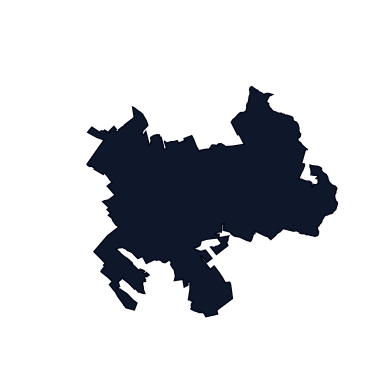 outline of Zorleni, Vaslui, Romania, rotated 320°
{"feature_id": "2599482B17229332090255", "entity_name": "Zorleni", "entity_type": "district", "adm_level": 2, "iso_a3": "ROU", "parent_name": "Romania", "parent_adm1": "Vaslui", "projection": "orthographic", "projection_center": [27.762, 46.269], "detail": "fine", "context": "isolated", "style": "filled", "palette": "ink", "viewbox_px": 384, "rotation_deg": 320, "n_neighbors": 0, "source": "geoboundaries", "source_scale": "gbopen_adm2", "svg_char_len": 6082}
<svg xmlns="http://www.w3.org/2000/svg" viewBox="0 0 384 384"><g transform="rotate(320 192 192)"><path d="M290.8,297.7L296.0,294.3L296.7,292.5L296.1,291.4L296.8,290.4L297.4,288.5L299.2,286.0L301.7,284.9L302.8,283.7L305.4,282.2L305.4,279.7L303.7,276.6L303.5,273.7L303.7,271.1L305.4,267.7L306.0,264.9L305.0,262.0L304.7,259.3L306.3,257.0L306.3,256.4L305.1,253.6L300.6,248.8L299.8,247.3L298.6,248.5L298.0,250.7L297.0,252.0L296.6,253.0L294.3,255.3L296.5,257.8L298.8,259.6L297.9,261.7L297.2,261.3L295.8,261.5L296.0,261.9L297.4,262.6L294.9,265.8L293.6,266.6L291.6,266.3L290.0,264.4L287.6,265.7L286.9,265.8L286.7,265.7L286.4,264.7L287.7,264.5L288.5,263.6L288.5,262.6L288.9,262.8L289.5,262.2L289.3,260.6L288.9,259.4L286.2,256.8L283.9,252.5L282.3,250.5L288.8,247.1L291.2,246.3L295.2,244.0L296.0,242.8L294.0,240.6L306.4,232.2L307.9,234.1L307.2,232.0L306.5,226.7L306.5,225.7L306.8,224.5L306.8,223.7L306.3,223.2L306.3,220.8L306.6,219.8L307.7,218.8L309.0,219.2L310.6,218.9L312.5,217.4L312.3,216.1L312.9,214.6L312.8,213.7L314.6,212.3L316.7,208.2L316.8,205.7L315.6,203.4L315.5,202.2L316.0,201.2L316.6,200.7L316.9,199.7L316.6,198.2L313.9,194.0L313.1,193.6L312.5,192.6L312.5,191.7L311.7,191.0L311.1,189.6L311.0,189.0L308.6,187.2L308.2,185.7L306.3,182.7L305.9,181.8L306.0,178.6L305.7,176.9L306.5,174.5L307.5,173.5L307.0,172.3L307.4,170.3L313.0,168.0L314.4,168.7L316.2,169.0L313.7,165.5L312.1,164.2L310.2,163.7L309.4,162.8L308.6,159.8L307.5,158.4L307.7,156.6L306.8,154.9L305.4,149.6L303.8,149.5L301.8,150.7L301.2,152.3L299.0,154.8L297.3,155.5L296.4,156.7L295.7,156.9L294.6,158.2L293.2,159.0L292.7,159.9L291.4,159.7L289.7,160.8L288.3,162.7L285.3,164.8L282.2,164.1L280.5,162.5L279.7,162.3L277.5,162.3L273.1,163.0L269.9,162.9L267.0,163.8L263.8,177.5L265.2,178.1L262.7,189.2L251.8,182.6L246.7,178.6L246.5,176.9L245.3,173.7L243.9,172.7L243.2,172.3L240.6,172.3L239.3,170.4L237.5,168.9L235.9,169.3L234.9,170.5L234.0,169.9L233.6,170.8L229.5,167.9L223.4,164.6L224.3,162.1L224.1,161.7L225.1,158.2L227.1,152.3L227.9,148.7L220.3,146.1L219.6,148.0L213.1,146.0L213.6,143.2L210.2,141.7L208.5,140.2L204.4,138.4L203.8,137.4L203.7,135.1L200.3,142.6L197.8,141.0L199.9,137.7L203.4,130.3L202.5,129.9L203.6,127.3L202.0,125.6L198.8,124.2L195.7,123.8L195.2,123.9L193.8,126.5L190.9,128.5L189.3,128.6L195.4,116.1L193.3,116.6L191.8,117.5L190.8,115.4L193.9,113.4L200.8,112.6L201.6,111.3L202.9,107.3L203.8,101.6L204.1,100.9L203.7,98.3L203.3,97.5L203.5,97.2L203.1,96.6L201.6,89.9L201.1,88.9L195.7,97.8L183.0,97.3L181.9,98.0L180.4,97.4L176.0,97.3L176.0,97.7L173.3,98.0L172.4,95.6L173.2,95.3L174.2,95.4L174.3,91.6L167.9,92.2L167.5,92.3L168.1,93.0L166.3,93.6L165.5,90.4L165.2,90.5L164.8,88.5L163.9,88.7L162.6,88.0L161.8,86.8L159.7,87.1L156.9,78.0L150.5,79.2L154.3,89.0L158.3,95.6L129.4,103.3L129.3,104.3L129.7,105.7L130.2,106.8L131.5,107.5L132.7,110.5L132.5,111.2L131.8,111.6L135.3,121.4L137.3,120.9L137.4,125.8L137.0,129.9L137.2,133.2L130.9,133.0L131.2,144.9L123.0,144.5L119.2,142.5L117.5,142.0L118.4,150.8L115.7,150.9L116.0,154.2L115.8,156.0L113.0,156.1L113.7,159.5L113.8,161.1L113.0,163.2L112.6,168.3L113.4,170.7L114.3,171.8L99.1,171.3L78.0,174.8L78.6,175.0L79.6,186.7L79.7,191.0L77.3,191.2L77.5,192.9L72.1,194.0L71.1,194.6L72.9,203.3L73.6,209.4L69.3,209.9L69.0,217.3L69.2,218.9L68.0,225.1L67.6,232.0L67.4,234.0L67.1,234.8L67.3,235.6L67.1,238.2L72.0,245.2L78.4,241.6L77.3,236.9L76.7,228.1L75.0,222.5L74.6,220.5L73.3,218.8L73.3,218.1L73.0,217.4L75.8,217.8L76.2,216.3L77.1,214.8L77.0,213.4L83.3,213.2L85.0,221.6L85.6,229.6L86.7,229.9L86.7,234.2L87.8,235.1L88.4,236.7L89.2,237.3L89.3,238.1L90.6,239.3L91.9,235.7L94.2,232.2L94.2,231.6L93.7,230.0L95.2,230.6L96.3,228.9L98.9,230.5L100.1,229.0L100.2,227.2L101.6,226.4L103.1,227.8L105.7,227.9L105.3,224.4L103.1,224.7L102.7,222.6L104.8,222.2L104.0,219.9L102.6,217.8L101.8,218.4L101.0,217.8L100.6,216.6L100.1,211.0L99.7,209.4L99.7,208.8L100.2,208.7L100.5,208.2L100.5,207.5L99.8,202.0L98.5,197.6L97.8,193.7L97.6,190.3L96.8,186.8L100.3,187.8L101.8,189.0L103.3,189.6L103.4,190.4L105.1,193.7L104.8,194.1L105.2,195.6L106.4,197.7L107.2,200.0L107.8,208.1L112.8,209.6L111.1,217.3L119.8,219.6L120.4,220.1L120.9,221.5L122.4,222.0L123.7,223.5L124.5,225.5L124.5,226.9L125.9,228.7L127.8,229.1L130.8,229.2L131.1,230.3L131.0,232.2L130.7,232.9L129.1,233.9L128.4,238.0L128.6,239.7L128.3,240.4L125.2,246.0L121.6,248.5L129.0,253.0L125.0,259.8L128.8,260.6L129.3,260.4L130.6,258.5L133.1,259.7L132.0,261.5L131.4,261.1L128.0,265.3L120.0,272.3L121.9,273.9L121.3,274.8L123.1,276.8L122.6,276.6L121.7,277.6L121.1,277.1L120.2,277.6L119.9,277.3L118.5,278.5L117.7,280.2L117.1,280.7L116.3,280.6L116.1,281.1L117.8,285.1L118.6,286.1L120.2,289.1L121.3,289.4L121.3,290.1L122.8,290.9L123.3,293.2L122.5,296.4L133.2,301.9L134.9,298.4L154.5,299.5L162.3,287.2L162.8,285.3L158.9,282.6L159.2,282.1L160.2,277.1L160.8,271.6L161.3,263.0L156.3,263.0L156.6,250.9L157.1,246.6L158.0,246.4L158.4,246.8L158.2,255.4L164.6,255.6L164.9,245.2L160.3,243.1L158.4,239.5L157.5,238.4L157.4,237.4L157.7,236.4L161.9,237.8L163.8,237.9L165.9,236.6L167.4,235.2L173.0,237.6L182.0,243.4L181.7,250.0L180.7,250.5L177.2,250.2L175.6,249.1L173.3,248.9L171.7,246.6L170.9,246.2L170.6,255.5L185.0,256.0L185.7,253.4L186.0,253.0L188.7,251.8L191.0,249.5L191.7,249.3L183.6,244.7L183.4,244.4L184.1,243.4L185.6,241.6L183.4,240.7L183.1,239.5L182.7,239.0L186.9,239.6L188.7,241.5L194.2,236.1L196.3,236.8L191.5,241.4L195.7,247.4L195.5,247.6L196.2,248.7L195.2,248.9L195.3,250.2L196.4,253.4L199.6,257.1L202.8,263.9L204.9,267.2L205.7,266.7L206.0,267.2L207.0,266.8L212.1,263.5L213.3,264.2L215.3,262.5L220.1,273.1L221.4,274.5L221.8,279.0L227.6,278.9L231.0,278.4L234.0,279.0L237.6,278.5L238.7,279.0L244.6,287.2L247.7,289.1L247.6,289.8L248.5,291.7L248.3,292.9L248.5,293.3L249.5,294.6L251.6,296.3L252.2,298.2L254.0,299.6L254.8,301.2L256.8,303.4L257.3,304.5L258.5,305.3L259.6,305.5L260.2,306.0L261.9,305.2L263.4,303.8L264.0,301.3L264.6,300.4L266.2,299.0L267.4,299.5L268.7,298.6L270.1,298.7L271.9,298.3L274.3,296.6L275.7,296.5L277.3,295.6L279.6,295.7L281.2,296.7L282.6,296.8L285.1,298.1L286.2,298.3L287.3,297.9L290.8,297.7Z" fill="#0f172a" stroke="#020617" stroke-width="1.5"/></g></svg>